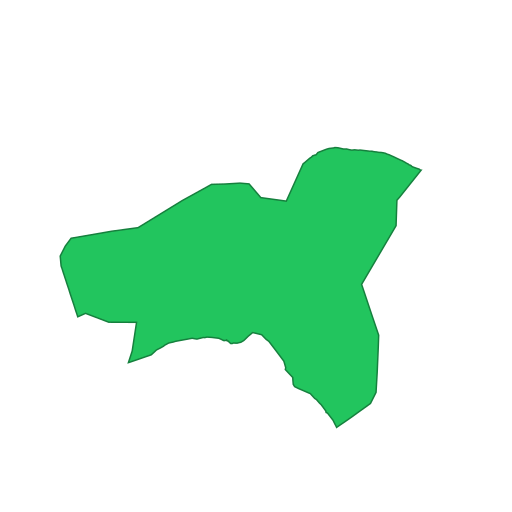 the district of Erdene, Dornogovi, Mongolia, rotated 119°
{"feature_id": "93677404B44396439939565", "entity_name": "Erdene", "entity_type": "district", "adm_level": 2, "iso_a3": "MNG", "parent_name": "Mongolia", "parent_adm1": "Dornogovi", "projection": "natural_earth1", "projection_center": [111.283, 44.182], "detail": "fine", "context": "isolated", "style": "filled", "palette": "green", "viewbox_px": 512, "rotation_deg": 119, "n_neighbors": 0, "source": "geoboundaries", "source_scale": "gbopen_adm2", "svg_char_len": 3131}
<svg xmlns="http://www.w3.org/2000/svg" viewBox="0 0 512 512"><g transform="rotate(119 256 256)"><path d="M411.1,315.9L410.6,315.4L410.4,315.2L403.1,308.6L401.3,307.0L393.4,299.9L393.2,299.7L392.6,299.5L388.7,298.2L386.7,297.6L386.4,297.5L382.9,295.1L379.8,293.2L379.5,293.1L377.9,292.4L376.1,291.2L375.7,291.0L375.5,290.9L374.5,290.2L374.3,290.0L372.6,288.1L371.4,286.7L369.7,285.1L363.6,277.7L361.9,275.6L360.8,274.3L360.7,274.2L360.2,273.6L359.6,272.8L358.9,272.0L358.0,269.3L357.3,267.4L356.5,266.5L356.2,266.3L354.5,264.4L352.9,262.7L352.2,261.2L350.7,259.6L348.6,255.1L348.0,253.6L346.0,248.7L345.8,246.6L345.7,245.5L345.7,244.7L345.6,244.0L345.7,243.9L345.7,243.7L345.6,243.3L345.5,243.2L345.5,242.9L345.4,242.7L345.2,242.5L345.1,242.4L344.9,242.3L344.9,242.2L344.7,241.9L344.6,241.7L344.4,241.4L344.3,241.2L344.2,241.2L343.9,241.0L343.7,241.0L343.7,240.9L343.7,240.7L343.8,240.6L343.9,240.4L344.0,240.4L344.2,240.2L344.1,239.9L344.0,239.7L343.9,239.5L343.9,239.4L343.9,239.2L344.0,239.0L344.1,238.9L344.0,238.7L344.3,237.8L344.8,235.7L344.2,234.5L343.0,233.5L342.0,231.4L341.4,230.3L340.1,228.9L339.5,228.3L338.9,227.5L337.2,226.5L336.2,225.9L335.8,225.7L334.3,225.2L329.9,223.9L324.6,221.8L323.9,219.5L322.1,212.9L324.0,206.7L324.4,203.4L328.6,193.8L331.5,187.3L334.5,180.6L334.7,180.4L337.1,178.0L339.2,175.9L339.4,175.8L341.1,175.3L342.9,169.7L344.4,165.0L346.6,163.6L350.2,161.2L351.5,158.9L351.3,154.4L350.8,149.5L350.2,143.2L350.0,141.8L350.8,139.5L352.1,135.6L352.2,134.4L352.2,133.4L352.4,133.1L353.0,131.5L353.6,129.8L353.7,129.6L353.8,129.4L354.4,127.0L357.7,119.8L358.1,119.5L358.9,118.8L358.8,117.9L358.7,117.4L362.3,109.0L365.0,105.1L365.4,104.4L366.4,103.0L366.7,102.5L366.8,102.4L353.0,95.5L329.5,84.4L317.1,84.9L298.8,93.7L276.4,104.9L265.8,110.3L250.8,126.8L229.6,149.9L161.6,148.2L138.9,159.8L134.8,158.9L100.9,153.2L101.2,153.9L100.9,155.3L101.5,158.4L102.1,162.2L102.1,163.5L101.8,164.1L101.7,164.8L101.9,165.5L102.1,166.1L101.8,167.1L101.8,168.0L101.9,169.5L101.8,170.8L101.8,172.4L101.8,174.5L102.0,175.7L102.1,177.4L102.3,180.2L102.5,183.9L102.7,185.8L102.9,188.6L103.4,191.1L103.4,192.5L104.0,194.6L104.7,196.6L105.8,198.8L106.2,199.9L106.5,200.9L107.1,202.2L107.8,204.1L108.1,205.3L109.3,207.5L109.7,208.6L111.3,212.5L112.9,216.4L113.9,217.8L115.3,221.2L117.0,223.6L117.9,226.4L118.5,228.7L120.0,231.3L121.5,236.5L122.4,238.6L123.0,239.7L123.8,240.4L126.5,244.2L128.4,246.1L130.3,247.7L132.7,249.7L134.6,251.3L135.5,252.0L137.7,252.4L138.1,252.5L138.5,252.6L139.4,253.7L140.3,254.4L140.7,254.9L141.3,255.1L142.5,255.4L143.1,255.7L144.4,256.4L148.5,257.9L150.7,258.7L152.5,259.5L193.3,256.1L202.6,280.1L196.3,297.0L200.0,305.3L208.2,318.2L214.9,329.6L243.3,347.4L288.4,372.9L304.2,394.1L330.1,426.3L337.5,427.3L338.2,427.4L339.9,427.6L345.3,427.4L351.0,427.2L352.6,426.1L359.1,421.7L359.9,420.9L360.7,419.9L364.7,415.7L365.2,415.1L366.8,413.4L367.0,413.2L370.3,409.6L371.1,408.8L376.3,403.1L377.3,402.1L379.3,400.0L387.2,391.4L391.2,387.2L392.8,385.4L395.6,382.4L388.8,377.3L385.3,352.7L371.9,328.3L399.2,318.2L411.1,315.9L411.1,315.9Z" fill="#22c55e" stroke="#15803d" stroke-width="1.5"/></g></svg>